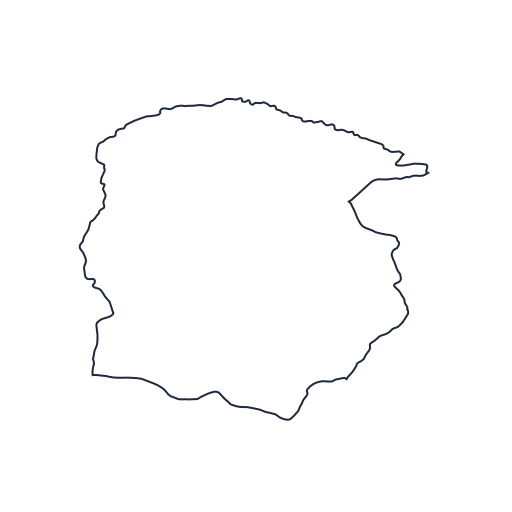 the district of Forohem, Cova Lima, East Timor, rotated 75°
{"feature_id": "22284137B96492698120269", "entity_name": "Forohem", "entity_type": "district", "adm_level": 2, "iso_a3": "TLS", "parent_name": "East Timor", "parent_adm1": "Cova Lima", "projection": "equal_earth", "projection_center": [125.112, -9.256], "detail": "fine", "context": "isolated", "style": "outline", "palette": "slate", "viewbox_px": 512, "rotation_deg": 75, "n_neighbors": 0, "source": "geoboundaries", "source_scale": "gbopen_adm2", "svg_char_len": 6071}
<svg xmlns="http://www.w3.org/2000/svg" viewBox="0 0 512 512"><g transform="rotate(75 256 256)"><path d="M220.3,68.3L218.8,69.8L217.3,69.3L216.1,68.4L214.3,67.5L213.1,67.4L212.0,67.6L210.8,70.1L209.4,73.8L207.8,79.2L207.6,80.0L207.6,81.8L207.4,84.5L207.1,86.4L207.0,88.5L206.7,90.4L206.3,92.2L205.3,95.4L204.7,96.7L203.9,97.2L202.2,96.3L201.5,94.7L200.0,92.3L198.7,90.8L197.6,89.8L196.0,87.2L193.0,89.7L192.1,90.5L190.8,97.4L190.1,98.8L189.5,99.7L187.7,101.0L187.1,101.8L186.5,102.6L185.4,104.5L184.0,104.8L183.1,104.4L182.2,104.6L181.3,105.0L180.3,106.0L173.4,116.5L171.1,119.3L169.7,122.7L168.8,124.0L167.8,125.2L166.4,125.7L165.5,126.4L165.1,127.4L165.0,128.8L164.4,129.8L162.6,130.2L161.8,130.1L161.0,130.5L160.7,131.7L160.5,134.6L159.8,135.8L158.3,137.3L156.9,139.1L156.2,140.6L155.9,142.3L155.9,143.7L155.4,145.0L154.7,146.2L154.0,147.0L152.7,147.0L150.9,146.6L149.8,147.0L148.8,148.0L148.4,149.2L148.4,152.2L147.9,154.1L146.8,155.2L145.3,156.2L143.5,157.0L142.8,157.6L142.4,159.3L142.6,160.4L142.4,162.5L142.2,165.4L141.1,166.5L140.1,167.1L139.5,168.7L139.1,170.9L139.0,173.0L138.6,174.6L138.0,175.7L137.2,176.3L136.2,176.4L135.4,176.3L133.9,177.6L132.4,181.0L131.6,182.4L130.6,183.6L130.0,184.8L129.5,186.6L128.8,187.6L127.8,188.2L126.4,188.6L125.6,189.4L124.9,190.9L124.4,192.6L123.5,193.6L122.5,194.1L122.0,194.7L121.1,195.8L120.3,197.4L119.6,198.3L118.6,198.6L117.4,198.4L116.4,198.7L115.5,199.6L115.2,202.5L114.9,203.5L114.1,204.2L112.4,205.3L110.3,207.7L109.5,208.8L109.6,211.1L109.5,212.3L108.1,216.3L108.0,217.4L108.2,218.4L108.8,219.1L108.9,220.2L108.3,221.3L107.4,221.9L106.1,222.2L104.7,222.2L103.8,222.6L103.5,223.6L104.0,224.8L104.3,226.1L104.0,227.6L103.5,228.7L102.8,229.3L100.8,229.1L99.8,229.5L99.5,231.8L99.9,233.3L99.5,235.6L98.8,236.9L98.0,239.2L96.7,243.8L96.9,245.3L98.1,249.4L98.1,253.3L98.6,255.9L99.3,258.9L99.5,260.6L97.8,265.6L96.4,268.7L95.4,272.4L95.0,275.2L94.6,277.8L93.3,282.9L93.0,284.8L92.6,286.6L92.0,287.6L91.5,289.0L91.2,290.7L90.8,293.7L90.9,294.8L90.9,295.4L91.8,298.5L91.9,300.6L91.6,302.0L90.6,304.0L89.9,305.8L89.4,307.5L89.6,309.0L90.1,310.2L91.6,311.3L93.2,311.5L94.2,313.2L94.4,315.2L94.0,318.2L93.8,320.8L92.8,325.3L93.2,330.8L93.9,338.7L95.6,347.2L96.4,348.5L97.8,349.6L98.5,350.4L98.2,354.2L98.3,356.6L99.1,358.1L99.9,359.1L101.0,359.7L102.3,360.1L103.2,360.7L103.8,361.9L103.8,363.3L103.6,364.8L103.4,366.5L104.0,369.2L104.6,371.3L105.6,373.3L106.2,374.9L106.2,376.2L106.6,377.7L107.1,378.9L109.9,381.1L116.0,383.6L120.0,384.9L121.7,384.9L123.3,384.5L124.5,383.8L128.4,379.1L129.1,379.1L131.8,380.0L133.0,379.7L134.3,380.1L135.0,380.5L138.3,383.2L140.2,384.8L143.7,386.6L145.4,386.8L146.3,386.1L146.7,385.0L147.4,384.0L148.2,383.9L151.2,386.2L152.5,386.5L154.5,386.0L157.8,385.6L159.1,385.7L160.6,386.7L163.6,389.1L165.1,389.7L166.5,389.6L168.7,389.7L169.5,390.0L170.2,390.7L170.8,393.0L171.6,395.0L172.5,396.0L173.8,396.6L174.7,397.4L175.5,399.0L178.0,401.9L179.8,405.4L180.0,406.7L180.8,407.5L183.6,409.0L187.2,411.2L188.4,412.4L192.0,416.3L193.3,417.4L195.4,418.6L196.8,419.3L199.9,423.2L201.2,423.8L202.7,424.1L205.5,423.2L206.9,422.5L208.2,422.1L213.3,421.3L215.9,421.3L217.6,421.8L221.9,424.7L223.5,425.3L225.5,425.5L227.4,425.8L230.0,426.1L232.1,426.2L234.3,425.0L234.9,423.9L235.5,421.9L235.8,419.8L236.5,418.6L237.9,418.0L238.8,418.2L240.3,418.9L241.1,420.1L242.0,421.1L243.1,421.2L244.7,420.0L247.2,415.9L248.9,414.7L252.3,413.4L255.9,412.4L258.3,411.3L262.1,409.4L263.4,409.2L273.0,408.7L274.3,408.5L275.5,409.7L276.5,412.2L276.8,414.5L277.0,421.0L277.5,422.8L278.1,424.5L279.4,427.0L281.4,428.1L291.0,429.5L296.5,431.0L299.1,431.9L301.1,432.9L305.6,436.3L307.3,437.3L309.3,438.0L311.8,439.3L312.9,440.1L315.3,440.0L316.8,440.1L318.6,440.5L320.0,441.5L324.1,443.4L326.2,444.1L328.8,444.6L329.3,442.1L330.4,438.9L331.6,436.1L332.5,433.5L333.1,431.9L334.7,429.0L336.4,425.3L338.0,420.4L340.3,411.4L343.0,403.0L345.1,398.2L352.6,387.8L355.2,384.6L358.6,381.3L361.6,379.0L367.0,376.5L369.5,374.6L370.9,372.4L373.7,368.7L374.4,367.6L375.6,363.6L376.2,360.7L377.0,358.6L378.9,350.0L378.8,348.6L377.9,345.9L377.7,344.6L377.0,341.2L376.5,337.6L376.3,335.1L376.3,331.1L377.1,328.9L378.3,327.3L386.1,323.1L390.7,319.9L392.6,319.1L395.8,314.3L397.5,310.8L399.1,306.0L399.5,304.0L402.4,297.9L405.4,292.1L409.3,286.8L410.5,284.3L413.9,278.3L418.3,274.6L420.3,272.1L421.6,269.8L422.3,267.8L422.6,266.5L422.3,264.7L420.2,260.8L418.8,258.6L417.3,256.3L416.2,255.0L413.1,252.6L410.2,249.8L407.6,247.9L406.0,245.9L404.2,243.4L403.2,242.4L402.4,242.0L401.3,241.8L399.4,241.8L398.3,241.2L396.2,238.0L394.5,233.7L394.0,230.8L393.9,227.7L394.1,224.5L394.9,221.8L396.3,217.5L396.8,215.2L396.6,213.7L396.0,211.7L396.0,210.0L396.3,205.9L396.4,203.4L396.7,202.2L397.4,201.2L398.4,200.4L396.8,198.8L392.8,192.6L391.5,191.2L390.4,189.9L388.1,187.5L386.3,186.6L385.3,184.4L384.8,181.8L383.8,179.4L383.2,178.3L382.0,177.5L380.0,175.6L377.8,172.9L376.6,171.2L374.4,169.6L371.5,169.1L370.7,168.7L369.6,167.1L369.1,165.1L368.2,162.8L365.5,157.2L365.2,155.0L365.1,152.1L364.7,149.5L364.0,147.0L363.0,145.0L362.1,143.7L361.4,140.6L361.5,138.9L361.0,136.9L359.4,133.8L357.7,131.2L351.1,124.0L349.2,123.5L347.6,123.4L346.5,123.8L345.7,123.3L344.6,123.1L342.2,123.7L340.2,124.4L336.6,124.0L334.0,124.5L331.7,125.4L328.8,126.1L326.4,127.0L321.6,130.0L319.9,130.2L318.9,129.1L318.4,126.9L318.2,125.0L317.2,123.1L315.8,122.0L312.6,121.6L310.8,121.5L308.0,122.6L305.3,123.2L297.7,123.9L294.3,124.5L290.1,124.7L289.0,124.3L287.3,123.1L286.2,122.0L285.5,120.7L284.9,117.9L282.9,115.7L282.2,115.2L280.8,114.5L279.4,114.6L277.7,115.4L275.2,115.5L273.5,116.2L272.2,118.0L270.3,121.4L268.9,125.0L267.8,127.3L265.5,131.7L263.8,134.5L262.9,135.4L261.5,137.0L256.6,143.7L254.5,145.5L251.4,146.9L246.4,148.1L243.2,148.6L239.2,149.0L229.7,150.8L227.4,152.2L226.6,149.3L219.9,136.2L215.0,126.8L214.2,124.9L213.6,122.9L213.4,119.9L213.6,117.8L215.4,111.9L216.2,108.4L217.1,101.3L217.6,99.7L218.7,97.3L219.0,95.3L218.6,90.2L219.5,87.9L219.2,83.3L219.8,80.6L220.8,77.9L221.4,75.1L221.5,73.0L220.3,68.3Z" fill="none" stroke="#1e293b" stroke-width="2"/></g></svg>